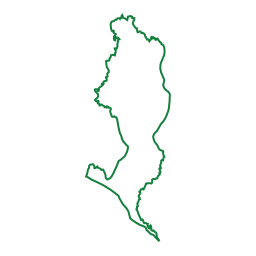 District #1, Grand Bassa, Liberia (Equal Earth projection)
{"feature_id": "62588387B32884824633153", "entity_name": "District #1", "entity_type": "district", "adm_level": 2, "iso_a3": "LBR", "parent_name": "Liberia", "parent_adm1": "Grand Bassa", "projection": "equal_earth", "projection_center": [-10.179, 6.235], "detail": "fine", "context": "isolated", "style": "outline", "palette": "green", "viewbox_px": 256, "rotation_deg": 0, "n_neighbors": 0, "source": "geoboundaries", "source_scale": "gbopen_adm2", "svg_char_len": 5816}
<svg xmlns="http://www.w3.org/2000/svg" viewBox="0 0 256 256"><path d="M159.0,240.3L157.0,237.3L156.5,233.7L155.8,232.4L154.6,231.8L153.8,230.7L153.3,230.4L152.5,230.8L151.5,230.3L151.3,229.3L151.3,227.6L150.9,226.0L150.6,225.4L149.1,226.3L148.8,226.8L149.5,228.0L149.4,228.4L148.9,228.3L148.3,227.3L147.6,226.0L147.5,224.7L147.7,224.4L147.8,223.9L147.0,223.9L146.7,223.4L145.8,223.1L145.1,223.0L144.2,223.2L143.3,221.4L142.6,219.5L142.2,219.4L141.5,220.1L141.0,219.9L140.6,218.8L139.8,217.0L138.6,214.3L138.2,213.0L137.3,210.6L136.4,209.4L136.5,208.9L136.9,208.7L137.0,208.1L136.9,206.6L137.1,206.5L137.7,206.5L137.9,206.3L137.7,205.0L137.3,203.8L137.5,203.1L137.8,202.9L138.3,202.3L138.3,201.3L139.2,199.1L139.7,199.1L140.0,199.0L139.7,198.2L139.2,197.5L138.7,196.5L139.0,195.2L140.0,194.0L140.4,193.2L140.2,192.6L139.9,192.5L139.4,191.8L139.7,191.3L140.4,190.8L140.5,190.1L141.0,189.4L142.4,189.1L142.9,188.5L143.2,188.6L143.3,189.3L143.5,189.4L144.2,188.3L144.5,187.5L145.6,185.2L145.9,183.8L146.4,183.4L147.4,183.5L148.6,183.1L151.4,183.5L152.0,182.8L152.2,182.1L152.1,179.8L153.1,179.1L154.3,178.9L155.2,179.1L155.6,178.7L157.2,178.4L157.9,176.2L158.5,175.7L159.3,174.9L159.7,174.6L159.4,173.7L159.4,172.7L159.7,172.7L160.3,172.7L160.4,172.0L160.3,171.4L159.7,169.8L159.3,168.9L159.5,168.4L159.7,168.2L160.4,168.5L160.7,168.5L160.9,168.0L160.6,166.9L160.0,165.6L160.7,164.4L160.8,163.6L160.9,162.9L161.4,162.2L161.2,160.7L162.1,159.9L162.6,160.0L163.1,160.2L163.2,159.1L163.8,156.9L164.3,156.8L164.1,156.1L163.5,155.2L163.0,152.8L163.3,151.8L163.0,151.0L161.9,150.6L160.2,150.0L159.0,148.9L157.1,144.9L156.0,143.7L154.7,141.8L154.0,140.3L153.5,138.5L153.2,136.4L153.6,135.2L154.5,133.4L156.8,131.1L158.5,128.3L161.0,123.9L163.3,121.4L164.6,119.5L166.6,115.4L168.5,110.2L168.9,107.9L169.6,100.9L169.7,97.0L169.9,95.6L169.7,93.9L169.0,92.8L168.1,91.6L166.2,90.2L164.4,88.5L163.7,86.8L163.2,85.5L163.7,82.8L164.3,80.1L163.7,78.5L161.1,72.4L160.3,68.8L160.4,65.4L160.8,63.2L164.1,55.1L164.6,52.3L164.4,48.4L163.4,45.2L162.3,44.6L161.6,44.4L161.3,43.8L161.3,43.0L160.3,42.1L159.8,42.0L158.1,39.5L157.9,39.5L157.7,38.9L157.4,38.6L157.0,38.9L155.9,38.8L155.9,39.3L156.1,39.6L155.8,39.9L155.5,39.9L155.3,39.6L154.8,38.7L154.6,38.0L153.3,38.3L153.3,37.8L153.4,37.4L153.1,37.1L152.8,37.2L152.5,37.6L151.9,37.5L151.5,37.0L151.3,37.1L151.1,37.3L151.4,38.1L151.4,38.9L150.8,39.1L150.4,40.1L149.6,40.7L149.3,41.3L149.1,41.1L148.8,40.3L148.5,39.9L148.4,39.4L148.2,39.4L147.0,39.5L146.5,38.2L145.9,37.5L145.8,37.1L145.2,36.4L144.9,34.6L144.2,33.9L144.0,33.6L142.7,32.9L142.2,33.2L141.6,33.1L140.5,31.5L139.9,31.4L139.0,31.7L138.2,32.2L137.7,32.3L137.2,30.9L137.0,29.3L136.8,28.3L136.3,28.4L135.5,27.9L134.6,26.6L133.9,25.8L133.6,25.3L132.9,23.5L132.9,22.5L133.2,21.7L133.7,20.8L134.2,20.3L134.4,18.2L132.2,18.2L132.2,17.8L132.4,17.1L132.2,16.9L131.5,16.8L130.8,16.0L127.9,16.7L127.7,18.3L127.4,19.1L127.4,20.0L127.2,20.2L126.0,19.1L125.4,18.6L123.8,18.1L122.9,17.7L122.8,17.3L122.9,17.0L122.5,15.6L122.4,15.8L122.3,15.6L121.9,15.4L121.7,15.6L121.5,16.5L121.7,17.2L121.4,17.8L121.0,17.6L120.4,18.3L120.0,19.0L119.3,18.2L117.8,18.3L117.6,18.6L117.3,18.7L116.8,19.5L116.4,19.7L115.7,19.6L113.8,21.1L112.5,21.3L111.7,21.7L111.4,22.0L110.6,24.2L111.1,29.0L111.8,30.8L112.4,31.4L112.8,31.2L113.2,30.7L113.5,30.6L113.8,31.0L113.7,31.7L113.8,32.5L114.6,33.5L115.8,34.1L115.7,34.7L115.0,35.5L114.9,36.2L114.3,36.2L114.0,36.4L113.9,36.9L114.1,37.8L114.0,38.3L113.8,38.7L114.3,40.0L114.7,40.3L115.3,40.4L115.4,38.4L115.6,37.4L115.9,37.2L116.5,37.5L116.9,37.8L117.6,37.5L117.9,37.7L117.9,38.4L118.4,38.8L118.8,38.5L119.1,38.8L119.4,39.2L118.3,39.7L118.0,41.0L117.8,42.7L117.5,43.7L117.2,44.4L117.6,45.4L117.4,46.6L116.7,48.6L116.4,48.9L116.1,48.9L115.2,48.3L114.7,48.4L114.7,49.0L115.7,50.2L115.7,52.2L115.4,52.9L115.1,53.0L114.9,53.9L115.0,55.0L114.9,55.4L112.8,54.8L111.1,55.2L110.5,57.3L109.6,58.2L109.6,59.6L109.0,60.6L106.5,60.8L106.1,61.1L106.4,63.9L106.5,65.7L107.0,67.3L108.0,69.0L108.8,70.9L108.7,72.2L107.9,72.9L107.2,73.9L107.6,76.5L106.7,76.9L106.0,77.1L106.0,77.9L106.8,79.2L106.7,80.5L105.9,81.0L105.0,81.0L103.9,81.4L103.4,82.2L103.7,83.5L103.3,84.3L103.0,84.1L102.7,83.7L102.2,83.6L101.9,83.7L101.8,84.2L101.9,84.9L102.2,85.4L101.4,86.2L100.5,86.8L99.2,87.7L98.9,88.8L98.8,90.7L98.6,91.0L98.2,91.1L97.6,90.6L97.6,89.6L97.2,89.2L96.6,89.3L95.2,89.2L95.0,89.5L95.1,91.0L97.2,93.4L97.8,93.8L98.0,94.7L98.2,95.8L97.8,97.1L97.6,97.3L97.1,98.1L95.5,99.3L95.1,99.7L95.1,100.2L95.5,100.9L96.6,101.3L97.9,100.8L98.4,100.9L98.6,101.4L97.7,102.8L97.8,103.3L98.1,103.6L98.9,103.6L99.4,104.1L99.5,105.1L99.5,105.4L100.0,105.6L100.6,104.6L101.6,104.5L102.8,105.5L104.0,106.1L104.8,106.6L104.7,107.2L106.4,107.3L106.7,107.5L107.0,106.4L107.7,106.5L109.2,107.8L109.9,107.7L110.8,108.5L110.8,109.4L110.3,110.2L110.2,111.5L110.7,113.5L111.4,115.3L112.0,116.7L113.0,116.9L114.2,116.3L115.2,117.1L116.4,117.4L117.2,119.6L118.4,126.6L119.9,133.2L121.1,135.4L122.1,139.2L123.3,141.4L125.2,143.7L128.0,146.6L127.8,148.9L127.0,151.9L124.8,156.2L120.8,159.7L118.6,161.1L117.5,164.1L115.7,168.2L113.1,173.9L111.8,176.1L110.5,177.9L108.4,179.2L107.0,179.3L105.8,178.0L105.4,174.6L104.7,172.8L104.0,171.5L103.5,170.3L103.1,169.6L101.4,170.0L100.7,168.9L98.4,167.8L97.7,167.5L97.4,166.5L96.9,166.8L96.4,167.4L95.7,168.0L94.6,168.2L94.2,167.8L94.4,167.0L94.4,166.1L94.0,165.4L92.9,164.2L91.7,164.5L90.3,164.6L89.2,165.7L89.0,167.9L87.9,169.8L87.3,173.2L86.1,176.5L87.8,177.2L91.8,179.8L94.5,180.9L102.5,184.8L110.4,189.6L118.0,195.3L118.6,196.1L119.7,198.9L120.6,200.2L122.6,203.9L126.3,208.0L128.3,211.2L130.3,218.5L132.5,220.3L137.6,223.6L139.8,224.8L142.0,225.7L144.3,226.6L145.7,227.6L146.2,228.6L146.3,229.7L148.0,231.3L150.8,234.1L153.0,234.7L154.0,235.6L157.7,239.7L158.7,240.6L159.0,240.3Z" fill="none" stroke="#15803d" stroke-width="2"/></svg>